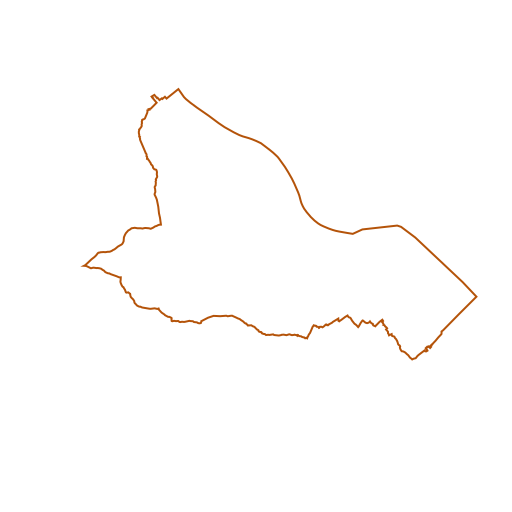 the district of Ionesti, Vâlcea, Romania, rotated 316°
{"feature_id": "2599482B28875111653577", "entity_name": "Ionesti", "entity_type": "district", "adm_level": 2, "iso_a3": "ROU", "parent_name": "Romania", "parent_adm1": "Vâlcea", "projection": "natural_earth1", "projection_center": [24.222, 44.864], "detail": "fine", "context": "isolated", "style": "outline", "palette": "amber", "viewbox_px": 512, "rotation_deg": 316, "n_neighbors": 0, "source": "geoboundaries", "source_scale": "gbopen_adm2", "svg_char_len": 6096}
<svg xmlns="http://www.w3.org/2000/svg" viewBox="0 0 512 512"><g transform="rotate(316 256 256)"><path d="M386.3,438.4L386.5,418.4L383.4,353.3L380.6,335.8L378.7,332.2L351.0,310.8L341.0,307.3L338.0,303.3L332.9,296.3L330.8,293.2L329.3,290.6L327.4,286.8L325.2,281.7L324.0,278.5L323.3,275.6L322.7,271.2L322.5,266.1L322.9,259.7L323.5,255.4L324.3,252.5L325.3,249.7L326.3,247.7L329.1,242.7L330.5,239.5L333.9,230.4L335.6,225.1L337.4,218.0L338.7,212.0L340.2,201.8L340.4,199.7L340.3,197.3L340.1,193.7L339.6,189.4L337.9,178.3L336.1,173.5L334.3,169.4L332.7,166.2L329.6,160.8L328.0,157.4L325.9,151.5L322.9,141.5L321.4,134.4L319.4,122.2L316.6,108.2L315.3,100.4L314.6,94.4L314.6,91.6L316.1,82.0L301.0,80.6L301.1,78.2L297.8,78.0L297.8,77.2L294.9,76.8L295.1,73.8L294.5,73.7L294.8,69.5L291.7,68.8L291.7,70.4L291.4,70.3L291.0,76.7L282.8,76.9L281.0,75.9L280.9,76.7L279.0,75.8L278.4,76.6L277.3,77.4L271.6,79.9L270.0,79.6L269.3,79.1L268.6,79.0L267.5,79.9L267.0,80.1L266.4,81.2L265.2,81.8L264.4,82.8L263.9,83.2L262.9,83.5L261.0,83.8L260.6,83.9L259.8,83.8L259.4,84.4L258.3,85.0L257.1,86.2L256.7,86.9L256.0,88.0L255.0,88.9L255.2,89.7L254.7,89.9L254.1,91.1L253.6,91.5L253.1,92.5L248.4,104.8L248.2,105.0L248.1,106.0L247.9,106.7L247.5,107.3L246.5,108.2L246.6,108.9L246.5,109.1L245.3,110.2L245.7,110.4L245.7,111.0L245.4,111.8L245.4,113.0L245.0,114.4L244.9,115.6L244.2,117.2L244.3,119.0L243.9,120.1L243.3,120.9L243.2,121.3L243.1,123.0L243.9,124.2L244.1,124.7L243.9,125.3L243.4,126.3L242.8,127.1L241.4,128.3L240.3,130.0L239.9,130.4L239.5,130.6L237.2,131.2L236.9,132.0L235.5,132.7L234.9,133.7L233.4,135.0L232.9,135.5L232.3,135.7L231.6,135.7L231.1,136.0L230.7,136.4L229.9,137.8L228.1,140.0L226.4,140.8L225.7,141.4L224.7,144.5L223.8,146.6L221.7,149.9L219.9,152.7L215.8,158.0L213.5,161.8L211.3,164.8L209.4,167.4L208.5,166.6L207.3,165.9L205.3,165.3L204.0,164.6L201.8,164.2L199.2,163.3L198.2,161.6L195.8,158.9L194.8,158.2L193.4,157.4L192.3,155.9L190.0,153.7L188.4,151.5L185.7,149.6L183.6,149.4L181.8,148.9L178.2,149.2L176.3,149.8L174.0,150.8L170.9,153.5L169.0,154.2L168.1,154.4L167.1,154.3L163.3,153.3L160.4,153.1L158.8,152.9L157.4,152.4L155.7,152.1L153.7,151.3L152.2,149.9L150.5,148.8L148.9,147.1L146.5,145.1L146.0,145.0L145.0,144.2L144.1,144.1L141.3,144.5L139.1,144.5L135.3,144.1L126.8,144.0L125.5,143.6L126.5,144.7L127.2,145.8L128.3,148.9L128.6,149.9L129.1,150.4L130.1,150.9L131.1,151.6L132.8,153.8L133.8,154.7L134.9,156.1L135.8,157.7L136.0,159.4L136.4,160.5L136.5,161.2L136.4,162.6L136.7,163.7L137.5,165.6L138.5,166.8L138.7,167.8L139.1,168.6L141.6,173.6L142.6,176.0L143.2,176.8L143.9,177.4L141.9,179.3L140.9,180.0L140.1,181.1L139.2,183.3L138.8,184.8L138.7,185.5L139.0,186.3L138.5,187.9L138.4,189.0L137.2,191.7L137.2,191.9L137.4,192.4L138.9,193.5L139.0,195.2L139.2,195.7L139.1,195.9L138.0,197.4L137.5,198.4L137.4,199.7L137.5,201.9L137.1,203.8L136.3,204.9L136.0,205.8L136.1,206.6L136.0,209.0L136.6,210.8L136.9,211.4L137.6,212.1L138.3,213.9L142.7,219.9L143.5,220.8L146.7,223.2L148.3,225.6L148.7,225.8L149.4,226.0L149.5,226.1L148.9,227.2L148.8,230.1L148.8,231.2L149.5,234.6L149.4,235.3L150.5,238.7L151.4,239.6L152.2,241.8L152.1,242.1L150.8,243.3L150.2,244.2L150.5,244.8L152.0,245.7L153.2,247.3L154.9,248.7L155.0,249.0L155.0,249.5L155.2,250.4L155.7,251.0L157.1,251.9L158.3,253.3L159.0,253.9L163.1,256.4L163.5,257.1L165.3,259.1L165.5,260.4L167.4,262.7L167.7,263.9L168.4,265.0L168.8,265.3L169.7,265.9L171.2,265.2L171.4,264.9L178.7,267.1L183.9,269.6L188.4,274.4L193.1,278.3L193.8,279.7L196.1,281.3L197.3,282.3L199.2,287.1L199.5,288.1L200.5,290.1L200.6,291.2L201.3,294.3L201.3,295.7L201.4,296.7L201.7,297.3L202.1,297.9L201.8,298.6L202.1,299.7L201.9,300.4L202.9,301.2L204.5,302.6L204.9,304.4L205.4,305.2L205.7,306.7L205.6,307.4L205.7,309.9L206.0,310.4L206.1,311.2L205.7,311.8L205.6,312.2L206.1,313.4L206.8,314.1L206.7,314.5L206.9,314.8L206.9,315.1L206.6,315.5L206.6,316.0L207.0,316.6L207.2,317.2L208.1,318.2L208.3,319.8L210.0,321.1L210.8,322.1L213.9,324.3L214.1,325.3L214.3,325.6L217.2,329.1L219.1,330.3L219.9,330.6L220.5,331.2L221.2,331.7L222.9,334.1L225.5,335.4L225.9,336.0L226.6,337.5L227.0,338.0L228.5,339.1L229.1,339.4L229.3,339.9L230.0,340.7L230.2,341.6L230.3,341.5L230.9,341.6L230.9,341.9L231.3,342.2L231.1,342.7L231.6,343.8L232.7,345.2L232.9,346.3L233.3,346.8L233.5,347.4L234.0,347.8L234.2,348.4L234.2,349.3L234.6,349.6L235.4,349.8L235.6,350.7L236.9,350.1L237.8,349.9L239.4,349.2L241.4,348.9L247.8,346.2L248.8,346.2L249.3,346.0L249.5,346.6L250.0,346.8L250.3,347.5L250.7,348.0L250.5,348.7L250.5,349.0L251.2,349.7L251.4,350.2L251.5,350.6L251.3,351.5L251.5,351.6L252.7,351.3L253.8,352.2L254.3,353.5L256.1,353.8L258.6,353.8L259.1,354.2L259.0,355.0L259.6,355.8L260.2,355.9L260.4,355.9L260.5,355.7L264.3,356.8L265.5,356.8L271.7,358.2L270.3,359.9L270.5,360.8L270.8,360.8L272.9,361.2L277.9,361.8L280.5,362.4L280.2,363.4L280.2,364.5L280.8,365.7L280.9,366.5L280.2,369.2L279.8,373.0L279.9,373.8L280.1,374.3L280.2,376.0L280.1,378.1L281.1,378.0L284.7,376.9L287.5,376.4L288.0,376.5L288.1,376.8L288.4,379.8L288.7,380.5L289.3,381.5L290.5,382.1L292.0,382.4L292.5,382.3L292.3,383.4L292.4,384.9L292.9,385.9L292.8,386.1L292.3,386.8L292.2,387.5L292.9,389.2L293.1,389.2L293.1,389.4L299.1,389.2L302.6,389.6L302.3,391.0L301.5,391.0L301.2,391.6L300.8,391.5L300.7,392.5L300.2,394.3L299.9,394.3L300.3,395.2L300.0,396.3L300.2,397.9L300.1,399.1L298.5,399.2L298.4,401.4L298.3,402.2L297.3,403.3L297.3,404.0L296.6,405.5L299.3,406.4L298.8,407.1L298.4,408.2L299.4,409.8L299.5,410.2L299.0,411.6L299.0,413.3L298.7,414.2L298.6,415.0L298.4,415.2L298.2,415.9L296.9,418.4L297.0,419.7L297.2,420.3L296.8,421.3L296.1,421.6L295.6,422.3L295.1,423.4L294.7,425.2L294.7,425.8L295.4,426.6L295.8,427.4L296.3,429.1L296.4,431.7L296.6,433.1L296.2,436.1L296.5,437.9L296.5,438.9L297.9,439.3L299.8,440.4L300.5,440.4L302.3,440.1L304.0,440.1L311.6,441.0L311.5,442.1L312.2,442.9L313.6,443.2L313.8,442.6L313.8,440.6L314.0,440.2L316.1,440.2L316.1,440.9L317.4,441.0L317.4,443.1L318.8,443.0L318.8,441.8L320.9,441.8L320.9,442.1L323.1,441.8L326.1,441.7L330.6,441.2L335.1,441.0L336.0,440.3L337.0,439.2L339.2,439.4L361.6,438.8L386.3,438.4Z" fill="none" stroke="#b45309" stroke-width="2"/></g></svg>